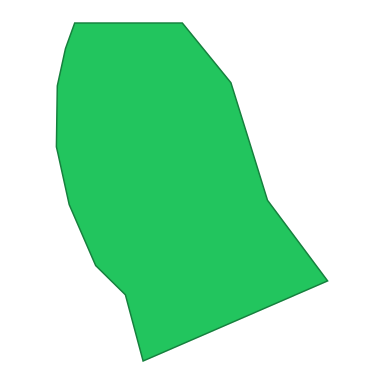 Al Bayda City, Al Bayda', Yemen (Natural Earth projection)
{"feature_id": "15242507B46514992266380", "entity_name": "Al Bayda City", "entity_type": "district", "adm_level": 2, "iso_a3": "YEM", "parent_name": "Yemen", "parent_adm1": "Al Bayda'", "projection": "natural_earth1", "projection_center": [45.571, 13.982], "detail": "fine", "context": "isolated", "style": "filled", "palette": "green", "viewbox_px": 384, "rotation_deg": 0, "n_neighbors": 0, "source": "geoboundaries", "source_scale": "gbopen_adm2", "svg_char_len": 299}
<svg xmlns="http://www.w3.org/2000/svg" viewBox="0 0 384 384"><path d="M182.3,23.0L74.7,23.0L65.5,48.5L57.3,85.9L56.4,146.9L57.8,152.9L69.2,204.6L95.7,265.6L125.4,294.8L143.1,361.0L327.6,280.9L267.5,200.3L249.0,140.7L230.9,82.7L182.3,23.0Z" fill="#22c55e" stroke="#15803d" stroke-width="1.5"/></svg>